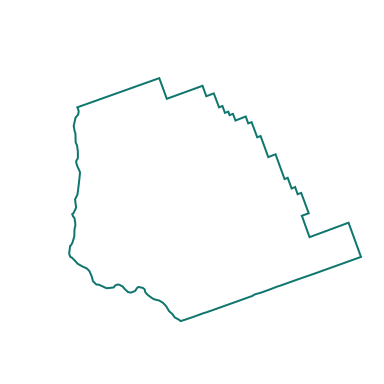 Wallowa, Oregon, United States of America (Mercator projection), rotated 160°
{"feature_id": "52423323B53292465895893", "entity_name": "Wallowa", "entity_type": "district", "adm_level": 2, "iso_a3": "USA", "parent_name": "United States of America", "parent_adm1": "Oregon", "projection": "mercator", "projection_center": [-116.925, 45.54], "detail": "fine", "context": "isolated", "style": "outline", "palette": "teal", "viewbox_px": 384, "rotation_deg": 160, "n_neighbors": 0, "source": "geoboundaries", "source_scale": "gbopen_adm2", "svg_char_len": 2119}
<svg xmlns="http://www.w3.org/2000/svg" viewBox="0 0 384 384"><g transform="rotate(160 192 192)"><path d="M270.8,310.8L270.7,308.3L270.8,306.9L271.0,306.3L272.4,303.8L276.0,301.7L280.3,295.0L280.6,294.5L280.7,293.9L281.5,289.1L281.5,287.0L284.2,278.9L284.4,277.8L284.1,275.2L284.2,274.7L285.3,269.5L286.6,265.7L287.5,263.3L288.2,262.3L289.3,261.5L290.3,260.5L290.5,260.1L290.8,258.3L290.9,256.9L290.9,254.5L290.5,250.4L290.6,248.5L294.3,240.9L299.1,231.4L300.5,228.8L304.4,225.1L305.3,221.3L306.1,217.3L307.3,215.8L308.3,214.9L310.4,212.9L310.8,212.6L312.1,212.2L312.1,209.7L311.4,207.8L311.4,207.5L312.3,202.9L313.2,200.0L314.1,199.0L315.6,196.2L317.7,190.7L321.5,185.5L323.7,183.5L325.1,182.8L325.2,182.6L328.5,176.2L328.6,172.8L328.3,172.3L327.4,171.6L326.9,170.5L326.1,168.8L325.1,166.6L324.2,164.1L323.0,162.5L319.8,158.8L317.7,156.9L316.9,155.9L315.6,153.2L315.4,152.0L315.1,147.2L315.5,142.2L315.3,141.5L313.6,137.9L313.1,137.5L312.3,137.3L311.3,136.8L308.0,133.6L305.2,130.8L303.0,130.2L298.2,129.1L297.5,129.5L296.8,130.1L295.6,130.5L293.2,130.4L292.2,129.9L289.5,126.9L288.3,123.6L286.4,120.0L286.3,119.8L284.4,118.7L283.8,118.4L283.1,118.3L279.4,118.5L278.6,118.9L277.7,119.7L276.7,120.4L275.9,120.8L275.1,121.1L274.5,120.9L271.0,118.7L270.0,117.0L269.8,116.6L269.9,115.7L270.1,114.8L270.1,113.8L269.6,112.3L268.9,110.7L268.6,110.1L265.3,105.2L264.4,104.3L262.5,102.9L260.0,101.3L257.5,98.3L257.1,97.5L255.9,94.9L255.3,93.2L254.2,87.7L252.2,84.1L251.1,80.0L247.8,76.3L246.9,74.6L242.5,74.4L234.3,74.2L222.5,74.2L219.2,74.0L193.4,73.8L193.1,73.8L192.7,73.8L170.9,73.7L167.9,74.3L161.3,73.8L152.4,73.8L146.1,73.9L146.0,74.0L145.2,74.0L140.7,73.8L123.0,73.7L122.9,73.7L102.3,73.4L55.4,73.2L55.4,109.6L56.3,109.6L97.0,109.4L96.9,132.1L89.6,132.1L89.7,153.8L93.5,153.8L93.4,161.4L97.2,161.2L97.2,172.6L100.6,172.5L100.6,198.9L108.4,198.7L108.4,221.1L112.0,221.1L112.1,237.2L115.7,237.3L115.7,244.6L126.7,244.3L126.8,251.4L130.4,251.4L130.4,255.1L134.0,255.1L134.0,262.4L137.6,262.3L137.8,277.2L145.8,277.1L145.8,288.2L183.8,288.2L183.8,310.2L270.8,310.8Z" fill="none" stroke="#0f766e" stroke-width="2"/></g></svg>